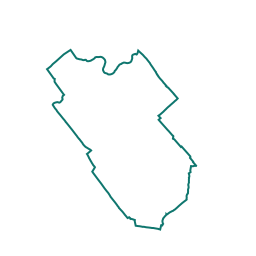 Strejesti, Olt, Romania, rotated 229°
{"feature_id": "2599482B96898604937007", "entity_name": "Strejesti", "entity_type": "district", "adm_level": 2, "iso_a3": "ROU", "parent_name": "Romania", "parent_adm1": "Olt", "projection": "albers", "projection_center": [24.239, 44.525], "detail": "fine", "context": "isolated", "style": "outline", "palette": "teal", "viewbox_px": 256, "rotation_deg": 229, "n_neighbors": 0, "source": "geoboundaries", "source_scale": "gbopen_adm2", "svg_char_len": 5624}
<svg xmlns="http://www.w3.org/2000/svg" viewBox="0 0 256 256"><g transform="rotate(229 128 128)"><path d="M179.7,186.5L178.7,185.0L178.1,184.0L177.9,183.5L177.9,183.1L177.8,182.7L178.0,182.5L178.5,182.5L179.0,182.3L179.2,182.0L180.0,180.0L180.0,179.0L179.8,178.6L179.5,178.3L178.9,177.7L178.5,177.5L177.7,176.8L177.1,175.8L176.4,174.6L176.1,173.7L176.1,173.0L176.2,172.4L176.5,171.5L176.9,170.8L177.3,170.1L178.0,169.5L179.0,168.8L179.9,168.0L180.3,167.4L180.5,166.5L180.7,166.0L180.8,165.4L180.7,165.1L180.8,164.9L181.0,164.4L181.2,164.0L181.3,163.3L181.3,162.5L181.1,161.9L181.1,161.6L181.0,161.3L180.9,160.9L180.9,160.5L180.8,160.0L180.7,159.7L180.4,159.2L180.2,158.4L180.0,157.6L179.8,156.6L179.8,156.1L179.8,155.6L179.7,155.3L179.3,154.7L179.1,154.0L179.1,153.1L179.1,152.3L179.2,151.9L179.5,150.9L180.1,149.7L180.8,148.8L181.5,148.2L182.0,148.1L182.6,148.0L183.3,147.6L184.1,147.1L184.9,146.6L185.8,146.5L187.1,146.8L188.2,147.2L188.9,147.9L189.5,148.8L189.9,149.9L190.4,150.9L191.1,152.0L191.8,153.0L192.2,153.8L192.6,154.2L193.2,154.6L194.4,155.2L194.9,155.3L196.3,155.3L197.8,155.1L198.9,154.6L199.7,154.0L201.0,152.1L202.2,150.9L202.8,149.6L202.6,148.7L202.6,147.9L202.8,146.3L203.1,145.1L203.2,144.2L203.4,143.7L203.8,142.9L204.4,141.9L205.2,141.1L206.0,140.9L206.7,140.9L207.1,140.9L207.7,140.3L207.8,139.8L208.6,138.7L210.4,137.7L211.7,136.5L213.1,135.6L213.9,135.0L214.3,135.0L214.8,134.8L224.6,135.9L225.7,127.9L225.5,117.5L225.6,113.2L225.2,110.1L225.4,106.5L225.5,105.5L221.2,105.1L215.0,104.5L214.5,104.4L214.0,104.5L213.5,104.7L213.1,104.9L212.6,104.3L211.2,103.0L210.9,102.9L210.4,102.8L209.9,102.8L208.6,102.6L198.0,101.7L195.8,101.5L195.0,101.5L195.0,100.8L195.0,100.2L195.0,99.8L194.2,98.5L194.0,98.2L193.8,98.1L193.4,97.9L192.9,97.7L192.6,97.5L192.4,97.2L192.1,95.2L192.0,94.5L191.9,93.9L192.0,93.4L192.2,92.8L192.6,92.5L193.1,92.2L193.6,91.9L194.0,91.5L194.4,90.7L194.8,90.0L195.2,89.0L195.3,88.4L195.4,88.0L195.3,87.5L195.2,87.1L194.9,86.4L190.8,85.8L189.6,85.8L188.7,85.8L187.1,85.5L184.3,85.4L182.6,85.4L177.7,85.2L175.5,85.2L174.4,85.1L173.7,85.1L173.4,84.9L173.2,84.9L172.4,85.0L163.1,84.6L156.8,84.2L155.9,84.2L154.4,84.0L151.8,83.9L151.7,84.0L148.6,83.8L147.9,83.8L146.5,83.7L145.7,83.5L144.8,83.4L143.8,83.4L143.0,83.5L142.6,83.4L142.1,83.5L141.0,83.7L140.7,83.9L140.3,84.0L138.0,84.7L137.0,85.1L136.0,85.4L135.2,85.4L135.3,80.0L135.0,80.0L134.6,80.0L134.5,79.9L133.3,79.6L132.3,79.4L130.8,78.9L129.0,78.6L128.1,78.3L127.8,78.3L127.1,78.2L125.3,77.8L123.8,77.6L123.0,77.4L121.9,77.4L121.4,77.4L120.8,77.4L120.5,77.3L120.1,77.3L119.9,76.8L118.5,72.4L116.7,72.2L108.7,71.6L103.7,71.3L97.7,70.7L93.9,70.5L92.2,70.5L89.8,70.2L87.8,69.8L87.6,69.7L86.9,69.7L84.9,69.6L80.1,69.4L77.4,69.2L76.4,69.1L76.0,69.0L75.8,69.0L74.3,69.0L74.1,68.9L73.6,68.7L72.6,68.8L71.1,68.8L69.4,68.9L67.7,68.9L66.0,68.8L65.3,68.8L65.0,68.7L64.1,68.7L63.0,68.7L62.2,68.7L61.0,68.6L60.2,68.7L59.9,70.3L58.6,70.5L58.4,70.4L58.1,70.2L57.9,70.2L57.9,70.4L56.0,71.7L54.6,72.5L54.3,72.6L54.0,72.8L53.9,72.7L53.8,72.4L53.7,72.2L49.2,69.7L48.6,70.2L48.1,70.6L47.3,71.3L46.6,72.0L45.9,72.6L44.9,73.4L43.7,74.3L43.5,74.6L43.2,75.0L42.7,75.4L42.4,75.7L41.9,76.0L40.7,77.0L40.0,77.7L38.9,78.7L37.9,79.6L36.8,80.5L35.9,81.5L34.9,82.3L31.8,84.8L31.6,84.8L30.5,85.6L30.3,85.7L31.3,87.1L31.5,87.4L32.9,89.3L32.7,89.6L32.0,90.0L32.3,90.6L32.4,90.9L32.5,91.1L32.6,91.6L33.2,91.7L34.4,92.4L35.2,92.9L35.5,93.3L36.4,94.8L36.6,95.1L36.7,95.4L36.8,95.7L36.8,96.2L36.9,96.7L37.0,97.0L37.1,97.6L37.2,98.5L37.2,98.9L37.2,99.1L37.4,99.8L37.6,100.2L37.7,100.3L37.3,100.3L37.2,100.8L37.1,101.1L37.1,102.1L37.0,103.5L36.9,104.3L36.6,105.4L36.5,106.1L35.9,107.9L35.9,109.0L35.7,109.9L35.7,112.5L35.8,115.3L35.8,118.2L35.8,119.1L35.8,119.8L35.7,121.3L35.7,121.7L35.6,123.2L35.5,124.3L35.5,124.9L35.5,125.3L35.9,125.5L36.2,125.8L36.6,126.2L36.7,126.4L37.0,126.7L37.5,127.0L38.0,127.4L38.5,127.9L38.7,128.3L39.0,128.7L39.2,129.4L39.2,129.9L39.3,130.2L39.5,130.2L39.8,130.8L40.0,131.0L40.8,131.8L41.8,132.6L42.3,133.1L43.0,134.3L43.4,134.8L43.7,135.0L44.8,135.8L45.2,135.9L45.4,136.1L45.6,136.2L46.1,136.9L46.7,137.9L47.0,138.4L47.9,139.0L48.2,139.4L48.9,139.9L49.4,140.4L49.9,141.0L50.3,141.2L50.5,141.3L50.7,141.5L50.8,142.0L51.0,142.3L51.2,142.5L52.1,143.2L52.5,143.5L53.1,143.7L53.3,143.8L53.6,143.9L53.9,144.1L53.6,146.2L54.3,146.7L54.9,147.0L55.2,147.3L55.6,147.8L57.9,150.6L57.6,150.9L56.6,151.8L56.2,152.5L56.1,153.0L55.8,153.3L55.5,153.7L55.2,154.1L54.8,154.4L54.9,154.7L59.6,154.7L59.8,155.1L64.8,155.2L64.9,155.4L64.9,155.6L64.9,155.8L65.1,156.0L65.5,156.2L65.7,156.4L78.9,156.3L78.9,155.5L89.2,155.5L90.2,154.9L90.5,154.9L90.9,155.4L91.1,155.7L91.9,156.7L92.2,156.9L92.7,156.9L92.9,156.7L93.7,156.7L96.0,156.7L97.4,156.7L99.7,156.7L99.9,156.6L100.3,156.6L109.5,156.5L114.1,156.5L114.1,156.9L114.1,158.0L114.1,158.9L114.1,159.1L116.6,159.0L116.8,159.2L117.3,159.1L117.3,159.3L117.2,159.4L117.2,159.5L117.1,160.8L117.1,161.8L117.1,164.7L117.1,165.6L117.2,166.3L117.2,166.6L117.3,168.1L117.3,169.1L117.4,169.5L117.5,172.0L117.5,173.3L117.4,173.7L117.5,174.4L117.5,175.8L117.5,179.3L117.6,181.3L117.5,182.2L117.6,184.2L117.7,184.9L119.9,184.9L123.3,184.9L123.3,185.0L124.1,185.0L128.0,184.9L131.5,184.8L132.0,184.9L132.4,184.6L132.8,184.5L133.2,184.4L134.2,184.2L134.7,184.2L134.7,184.6L138.3,184.6L138.9,184.5L139.3,184.6L140.7,184.7L141.4,184.7L141.7,184.7L144.8,184.6L145.7,184.7L146.7,184.7L148.3,184.9L148.2,185.0L151.7,185.5L151.8,185.6L151.9,185.8L152.4,185.8L153.9,185.9L156.7,186.3L161.4,186.8L162.4,187.1L167.1,187.3L168.1,187.4L170.7,187.2L173.4,187.2L178.4,186.6L179.7,186.5Z" fill="none" stroke="#0f766e" stroke-width="2"/></g></svg>